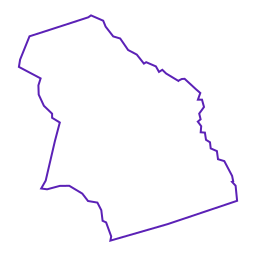 Bulloch, Georgia, United States of America (Natural Earth projection)
{"feature_id": "52423323B90493034811524", "entity_name": "Bulloch", "entity_type": "district", "adm_level": 2, "iso_a3": "USA", "parent_name": "United States of America", "parent_adm1": "Georgia", "projection": "natural_earth1", "projection_center": [-81.717, 32.403], "detail": "fine", "context": "isolated", "style": "outline", "palette": "violet", "viewbox_px": 256, "rotation_deg": 0, "n_neighbors": 0, "source": "geoboundaries", "source_scale": "gbopen_adm2", "svg_char_len": 878}
<svg xmlns="http://www.w3.org/2000/svg" viewBox="0 0 256 256"><path d="M29.5,36.3L20.1,59.6L18.9,66.9L40.6,78.4L38.4,85.4L38.7,94.6L43.9,105.8L52.1,113.7L52.1,117.8L59.8,122.5L54.9,141.1L45.7,180.6L41.2,188.5L47.1,189.3L59.8,185.9L69.3,185.8L82.3,193.6L88.0,201.0L97.4,202.6L101.3,210.2L102.6,220.8L106.1,222.4L111.2,236.4L110.4,240.6L167.7,224.1L237.1,200.8L235.6,185.7L232.0,181.8L233.2,181.3L232.1,175.9L224.3,161.1L218.0,159.2L216.9,151.1L210.7,148.4L210.0,142.3L206.0,139.8L204.9,132.6L200.7,132.3L201.2,126.2L197.8,121.6L200.6,119.3L199.2,113.6L204.0,107.0L202.0,99.7L197.9,99.7L200.3,93.0L195.9,89.2L184.6,78.8L181.8,79.0L178.4,80.7L179.2,81.4L166.1,73.5L162.3,69.8L159.0,71.9L155.9,66.4L146.2,62.2L143.9,63.6L136.8,54.6L128.1,50.0L120.2,38.5L113.2,36.4L105.6,26.6L103.2,20.7L91.0,15.4L88.3,17.3L50.7,29.5L29.5,36.3Z" fill="none" stroke="#5b21b6" stroke-width="2"/></svg>